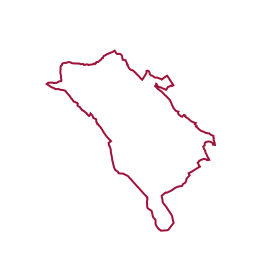 Bradesti, Harghita, Romania (Mercator projection), rotated 125°
{"feature_id": "2599482B17231771008992", "entity_name": "Bradesti", "entity_type": "district", "adm_level": 2, "iso_a3": "ROU", "parent_name": "Romania", "parent_adm1": "Harghita", "projection": "mercator", "projection_center": [25.354, 46.351], "detail": "fine", "context": "isolated", "style": "outline", "palette": "rose", "viewbox_px": 256, "rotation_deg": 125, "n_neighbors": 0, "source": "geoboundaries", "source_scale": "gbopen_adm2", "svg_char_len": 5627}
<svg xmlns="http://www.w3.org/2000/svg" viewBox="0 0 256 256"><g transform="rotate(125 128 128)"><path d="M138.6,219.8L138.5,214.2L138.1,212.9L137.7,210.2L137.7,209.5L137.3,209.2L136.3,207.7L135.7,206.7L135.6,206.1L135.5,205.4L135.3,204.9L134.2,203.1L133.4,200.6L133.8,200.0L133.9,199.6L134.1,198.3L134.4,197.8L134.8,195.9L135.0,195.4L135.1,194.4L136.5,191.0L136.6,189.9L137.0,189.1L137.5,188.0L137.4,187.2L137.1,186.6L136.9,184.9L136.6,183.9L136.7,183.3L137.4,182.8L138.0,182.7L138.4,182.5L138.5,182.4L138.7,181.8L138.7,181.0L138.4,179.6L138.7,179.3L138.9,178.4L139.3,177.1L139.2,177.1L139.3,176.4L139.8,175.5L139.8,175.4L139.7,175.3L139.4,174.6L139.7,170.0L140.1,169.5L140.5,166.7L139.7,166.6L139.1,166.6L137.6,167.0L137.7,166.6L138.2,164.4L138.4,164.0L139.0,163.2L139.5,162.6L139.6,162.1L139.5,160.9L139.1,159.1L140.4,158.0L141.2,157.5L141.3,156.8L141.6,156.2L142.3,155.6L142.5,155.2L142.3,154.7L142.1,154.6L142.3,154.0L142.7,152.9L143.1,151.0L143.9,149.0L144.6,147.4L145.2,146.1L145.8,144.8L146.3,143.2L146.7,142.2L147.2,140.7L147.8,138.1L148.5,134.4L151.3,135.3L153.0,133.7L154.0,131.8L155.5,129.8L157.3,128.5L161.2,124.4L163.5,122.3L167.4,117.8L168.5,116.5L169.0,115.6L169.6,114.8L169.7,114.2L169.6,111.5L170.0,110.3L170.5,109.8L170.3,109.4L169.5,107.9L168.3,106.2L168.1,105.0L167.8,103.4L167.4,100.6L167.7,99.2L168.1,97.5L168.8,94.3L170.4,87.7L171.2,83.7L171.9,81.0L172.3,79.2L172.9,76.8L173.2,74.9L173.7,72.5L174.2,72.6L174.4,72.1L174.6,71.8L174.9,71.4L175.5,71.1L176.1,70.9L176.7,70.6L177.2,70.4L178.3,69.6L181.9,66.7L182.3,66.2L182.4,65.8L182.5,64.7L182.4,62.9L182.3,61.6L182.3,61.4L183.1,60.2L186.6,56.5L187.5,52.8L190.1,50.9L191.4,49.7L191.5,49.4L192.1,48.1L192.5,47.0L193.3,44.7L193.0,44.4L193.2,42.1L191.1,39.5L189.8,37.8L189.0,37.0L188.3,36.6L179.6,36.2L174.5,41.9L170.5,51.8L169.8,54.7L169.6,55.3L168.8,57.1L166.8,58.8L164.4,61.5L163.8,61.4L159.4,60.3L159.0,59.3L154.8,56.8L153.7,56.4L152.8,56.0L150.0,55.1L149.0,54.4L148.3,54.0L147.0,53.0L145.9,52.1L144.7,50.6L143.4,50.6L142.3,50.8L140.6,49.9L139.5,49.9L138.5,49.7L137.8,50.0L137.1,50.6L135.9,50.9L135.0,50.8L134.8,50.8L133.3,50.7L131.5,50.3L130.3,52.4L129.5,51.9L127.3,50.8L125.5,50.0L123.2,49.1L118.8,47.1L118.7,47.5L118.2,47.3L118.1,47.8L118.0,48.3L117.3,49.3L116.5,51.0L114.8,50.7L114.2,50.8L113.6,50.6L112.3,49.9L111.1,49.1L109.7,48.1L109.4,47.6L109.3,46.9L109.1,46.3L108.8,45.8L108.7,45.6L108.8,45.5L109.0,45.0L108.8,44.6L108.7,44.5L108.3,44.2L108.0,43.7L107.7,43.4L107.5,43.2L106.7,44.5L106.3,45.5L105.8,46.6L105.3,47.3L104.7,48.4L103.9,49.9L103.3,50.7L102.9,51.2L102.4,51.9L101.9,52.7L101.5,53.7L101.0,54.4L100.6,55.0L100.1,55.7L99.5,55.7L98.2,55.2L97.5,55.8L96.8,56.2L96.4,56.4L96.0,56.4L95.4,56.3L94.5,55.9L93.4,54.9L92.7,54.1L92.2,53.0L91.6,49.8L92.0,49.4L92.9,48.9L92.4,47.9L92.0,47.1L91.4,47.7L90.7,48.3L90.6,48.5L90.4,48.7L90.2,48.9L89.9,49.2L89.6,49.5L89.4,49.7L89.1,50.3L88.9,50.6L88.7,51.0L88.2,51.4L87.8,51.6L87.4,51.6L87.2,51.7L87.1,51.9L86.9,52.5L85.5,53.4L86.0,56.4L86.1,57.8L85.9,58.3L85.9,58.5L87.4,61.4L87.6,62.3L87.5,63.1L87.5,63.6L88.1,65.1L88.4,66.4L88.4,67.7L88.3,69.3L88.2,70.2L87.7,72.3L87.8,73.0L87.1,72.9L86.7,74.4L86.5,75.5L85.1,75.4L85.3,76.0L85.4,76.3L85.7,77.2L85.8,77.9L86.0,78.5L86.2,80.0L86.1,81.0L86.0,82.2L85.7,84.7L85.9,86.0L85.9,87.5L85.8,87.9L85.6,88.2L85.3,88.3L85.0,88.3L85.2,89.7L87.8,90.2L88.0,91.8L87.9,93.3L87.9,93.8L87.7,94.4L87.5,94.9L87.3,95.3L86.9,95.7L86.7,95.8L86.1,96.1L85.7,96.1L86.5,98.2L86.2,100.0L85.8,101.3L85.6,102.2L84.5,104.0L81.3,109.2L81.0,109.9L80.3,113.5L80.1,114.3L79.8,117.1L79.6,117.8L79.2,119.6L79.0,121.0L78.8,125.5L78.9,126.0L78.7,126.9L78.3,127.7L78.2,129.8L77.5,129.7L76.5,129.8L75.7,130.2L75.7,129.6L75.8,129.3L76.0,129.2L76.3,129.2L76.5,128.9L76.4,128.8L76.3,128.7L76.3,128.4L76.8,128.3L76.9,128.2L77.0,127.3L76.9,126.7L76.6,126.0L76.6,125.8L76.3,125.0L75.9,124.6L75.7,122.4L75.5,121.4L75.1,120.2L75.1,119.2L74.9,118.7L74.2,118.5L73.6,118.8L72.1,118.7L71.5,118.8L70.7,118.3L70.0,117.7L69.0,117.5L68.4,116.8L68.5,116.2L67.8,115.7L66.9,115.3L62.7,125.9L65.9,127.3L67.9,127.8L68.9,128.2L68.8,128.4L68.8,128.9L69.4,130.5L69.5,131.3L69.6,131.9L70.1,133.3L70.5,133.9L71.1,134.6L71.3,135.4L71.2,136.6L71.3,138.2L71.7,139.4L71.5,141.0L70.0,142.4L69.8,142.8L69.6,143.9L69.9,145.0L70.5,145.6L71.8,144.6L72.7,144.5L75.7,144.1L76.7,144.2L78.9,144.0L80.3,144.1L80.1,145.6L79.8,146.9L79.4,148.3L79.2,149.6L78.9,152.0L78.5,153.3L78.3,154.8L78.1,157.1L78.2,157.8L78.7,158.6L78.8,159.3L78.6,160.8L78.1,162.2L77.7,162.6L77.0,164.2L76.5,165.1L76.2,164.9L75.9,165.6L74.9,167.2L74.3,168.5L73.9,168.8L75.1,171.6L74.0,172.7L72.9,173.7L72.2,174.6L71.8,175.6L71.9,176.8L72.4,178.0L73.4,178.9L73.6,179.5L73.4,180.5L73.0,181.8L72.3,183.2L75.3,184.7L77.6,186.3L77.8,186.4L78.3,186.7L78.7,186.8L79.2,187.4L80.4,187.8L81.0,188.2L82.0,188.6L83.0,189.2L84.1,189.1L85.0,188.7L85.9,189.5L87.4,189.2L89.2,189.9L91.1,190.3L92.1,191.6L93.3,191.8L93.6,191.4L94.7,191.8L94.8,192.9L96.1,193.4L97.9,195.4L99.1,196.4L99.0,197.5L99.3,198.0L101.0,199.6L101.6,200.2L101.2,201.0L101.8,202.1L102.6,203.0L103.0,203.7L103.1,204.5L103.3,205.1L104.0,206.1L106.2,209.5L107.1,211.2L107.2,212.5L107.4,213.4L108.4,214.9L110.1,215.9L110.7,217.0L112.0,218.0L112.4,218.5L113.2,218.7L114.4,218.2L115.5,218.5L115.9,218.6L117.9,217.5L118.7,216.7L119.5,216.4L120.7,215.6L121.2,215.3L121.5,215.2L123.5,213.0L124.0,212.5L125.1,212.0L125.7,211.2L126.2,210.7L127.1,209.9L128.0,209.7L129.0,210.9L129.6,211.3L130.1,211.4L130.6,211.6L131.6,212.2L132.1,212.5L132.4,213.0L132.9,213.6L133.2,213.8L133.8,214.7L133.8,215.0L134.0,215.7L134.6,216.5L135.2,217.5L136.2,218.6L136.7,219.3L138.6,219.8Z" fill="none" stroke="#9f1239" stroke-width="2"/></g></svg>